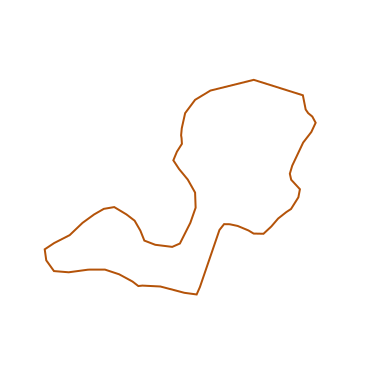 outline of Kourwéogo, rotated 33°
{"feature_id": "BFA-2813", "entity_name": "Kourwéogo", "entity_type": "Province", "adm_level": 1, "iso_a3": "BFA", "parent_name": "Burkina Faso", "parent_adm1": "", "projection": "natural_earth1", "projection_center": [-1.818, 12.584], "detail": "fine", "context": "isolated", "style": "outline", "palette": "amber", "viewbox_px": 384, "rotation_deg": 33, "n_neighbors": 0, "source": "natural_earth", "source_scale": "10m", "svg_char_len": 947}
<svg xmlns="http://www.w3.org/2000/svg" viewBox="0 0 384 384"><g transform="rotate(33 192 192)"><path d="M178.5,258.7L189.9,256.3L205.3,248.8L209.9,241.8L207.4,218.8L203.6,203.2L194.9,190.8L181.7,183.9L168.7,179.8L159.1,175.6L157.4,166.4L157.3,157.1L153.9,152.5L152.0,150.4L148.7,144.1L143.3,129.6L144.4,113.0L152.2,96.9L182.7,64.3L232.3,50.5L242.4,60.9L246.5,62.6L251.8,63.2L258.0,66.6L259.4,76.7L258.3,90.0L261.7,115.3L264.1,123.4L268.5,127.7L281.0,130.9L284.1,138.5L284.3,152.3L282.1,157.3L278.7,167.3L277.3,177.7L274.7,188.1L266.3,193.3L260.3,193.5L248.8,195.6L241.2,198.5L236.4,201.5L235.7,208.9L250.4,267.4L251.7,275.4L240.5,280.7L216.9,288.5L201.4,297.5L198.2,300.1L190.9,299.5L175.7,300.7L161.2,304.5L147.3,313.6L132.3,326.5L119.3,333.5L107.0,328.7L99.7,320.3L104.2,309.9L112.9,294.8L117.0,277.5L122.1,264.2L127.2,254.2L135.0,247.0L149.2,246.5L159.5,247.3L169.7,252.5L178.5,258.7Z" fill="none" stroke="#b45309" stroke-width="2"/></g></svg>